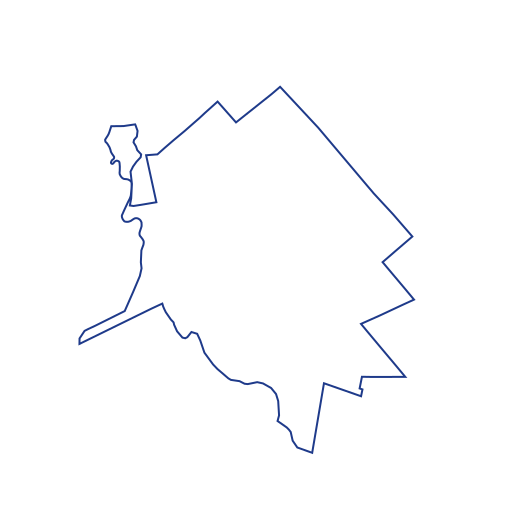 Bujoru, Teleorman, Romania, rotated 19°
{"feature_id": "2599482B24334179401508", "entity_name": "Bujoru", "entity_type": "district", "adm_level": 2, "iso_a3": "ROU", "parent_name": "Romania", "parent_adm1": "Teleorman", "projection": "orthographic", "projection_center": [25.545, 43.726], "detail": "fine", "context": "isolated", "style": "outline", "palette": "blue", "viewbox_px": 512, "rotation_deg": 19, "n_neighbors": 0, "source": "geoboundaries", "source_scale": "gbopen_adm2", "svg_char_len": 2751}
<svg xmlns="http://www.w3.org/2000/svg" viewBox="0 0 512 512"><g transform="rotate(19 256 256)"><path d="M346.6,158.3L345.0,157.3L339.4,154.0L273.0,114.4L223.7,88.2L217.8,98.2L193.6,136.2L169.4,122.5L161.0,137.6L157.7,143.8L147.8,161.1L140.4,173.3L134.4,183.6L129.7,192.0L119.3,196.5L144.3,237.6L130.9,244.9L123.9,248.6L120.3,249.3L119.2,242.1L115.2,228.2L109.9,217.1L110.6,211.5L112.3,205.8L114.8,200.2L114.3,197.3L109.3,194.6L106.8,191.4L103.8,188.9L103.2,188.4L102.9,185.9L104.5,181.9L103.3,176.3L100.9,173.3L99.8,171.9L98.9,170.9L97.5,171.6L88.4,176.3L76.9,180.4L77.0,186.8L76.9,188.9L76.5,191.0L76.0,192.9L75.6,194.6L75.5,195.1L75.7,195.7L76.1,196.4L76.5,197.0L77.3,197.4L78.4,197.9L79.5,198.7L82.1,200.9L83.8,203.0L84.9,204.7L86.4,206.1L88.6,207.7L89.5,208.4L89.8,209.1L89.9,209.9L89.6,210.9L88.8,212.0L88.5,213.0L88.4,213.8L88.4,214.6L88.5,215.0L88.9,215.5L89.4,215.7L89.9,215.7L90.3,215.6L90.7,215.2L91.0,214.7L91.2,214.0L91.5,213.1L92.0,212.4L92.6,211.7L93.3,211.2L93.8,211.1L94.5,211.1L95.0,211.1L95.4,211.2L96.0,211.5L96.3,211.9L96.7,212.5L98.1,215.7L99.4,219.7L99.9,221.7L100.5,223.0L101.7,224.2L102.7,225.0L104.0,225.7L105.1,226.0L106.2,226.1L108.6,225.5L110.1,225.3L111.5,225.5L112.6,225.8L113.6,226.3L114.3,227.0L114.8,228.0L115.5,230.0L116.3,232.7L117.7,238.4L118.0,239.9L118.0,241.7L117.9,243.3L117.4,246.8L116.9,251.5L116.4,256.3L116.1,259.9L116.0,260.7L116.0,261.3L116.2,262.1L116.8,263.2L118.0,264.6L119.0,265.3L120.1,266.0L120.9,266.1L121.7,266.0L122.9,265.7L124.3,265.1L126.1,263.7L128.1,261.0L129.0,260.0L130.0,259.4L131.3,259.0L132.6,259.0L133.8,259.3L134.8,259.7L135.7,260.4L136.8,261.5L137.6,263.5L138.1,265.0L138.2,266.6L138.2,270.1L138.3,272.0L138.6,273.0L139.1,274.0L139.7,274.7L141.2,275.6L143.4,277.1L144.8,278.4L145.3,279.3L145.6,280.4L145.9,282.1L145.8,285.8L145.8,288.0L149.2,299.5L151.8,304.9L152.7,312.8L151.5,330.3L149.8,350.8L126.6,374.4L121.3,379.5L118.3,382.6L116.0,391.4L117.7,396.6L170.6,343.5L174.4,339.7L182.9,331.5L183.6,332.4L183.9,332.9L184.6,333.9L186.5,336.0L189.0,338.5L196.2,343.8L199.5,345.5L199.8,345.8L200.0,346.1L200.9,347.6L205.9,352.9L213.0,357.1L215.9,356.8L217.5,355.1L219.7,348.9L225.7,348.7L230.8,354.0L238.7,364.2L250.7,372.5L256.3,375.4L269.7,380.7L272.6,381.3L281.2,379.7L286.8,380.5L289.9,379.8L298.2,374.9L304.1,374.2L313.3,375.9L319.9,380.0L324.2,385.9L329.7,399.2L330.1,405.0L340.9,408.1L343.7,409.5L346.1,411.1L350.8,418.7L357.4,423.6L373.2,423.8L361.7,354.2L401.0,354.4L400.1,347.5L397.1,347.5L395.5,335.7L404.7,332.7L419.3,327.7L429.1,324.2L436.5,321.7L424.5,314.4L403.5,301.8L385.6,291.0L377.4,286.0L392.5,271.9L411.0,254.0L419.6,245.8L406.9,238.1L390.2,228.1L377.7,220.6L385.6,207.0L397.5,186.7L372.3,172.1L346.6,158.3Z" fill="none" stroke="#1e3a8a" stroke-width="2"/></g></svg>